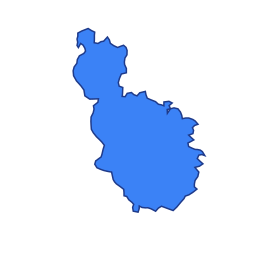 the district of Iperó, São Paulo, Brazil, rotated 29°
{"feature_id": "56859067B7713845214146", "entity_name": "Iperó", "entity_type": "district", "adm_level": 2, "iso_a3": "BRA", "parent_name": "Brazil", "parent_adm1": "São Paulo", "projection": "albers", "projection_center": [-47.636, -23.405], "detail": "fine", "context": "isolated", "style": "filled", "palette": "blue", "viewbox_px": 256, "rotation_deg": 29, "n_neighbors": 0, "source": "geoboundaries", "source_scale": "gbopen_adm2", "svg_char_len": 2142}
<svg xmlns="http://www.w3.org/2000/svg" viewBox="0 0 256 256"><g transform="rotate(29 128 128)"><path d="M192.5,187.4L193.4,183.3L195.2,180.2L207.5,178.3L209.0,173.5L210.1,167.6L211.2,162.7L211.1,159.8L213.7,156.9L216.1,152.4L217.9,148.0L214.6,147.3L213.2,144.8L212.1,141.4L212.6,136.6L211.3,132.2L208.1,131.0L205.6,130.0L209.0,126.8L210.9,123.0L207.4,122.2L203.4,121.2L203.1,117.4L205.5,115.4L208.5,114.9L204.5,112.6L201.9,112.3L199.3,113.1L197.0,114.2L193.7,114.6L190.0,114.8L187.7,112.1L189.5,109.4L191.3,106.5L187.8,105.7L184.5,104.8L187.5,101.4L186.5,98.3L184.2,96.5L185.0,93.5L187.4,90.8L183.4,89.3L180.6,89.1L176.3,89.8L173.6,91.3L171.0,93.5L168.9,90.9L166.1,88.6L162.4,87.0L158.5,88.1L155.8,90.6L153.1,88.5L154.5,84.7L150.9,84.8L146.8,87.8L148.6,91.2L145.8,91.6L143.1,92.5L139.3,91.6L133.8,92.3L130.4,92.6L127.6,90.2L125.4,87.6L121.2,91.5L120.3,95.5L117.0,96.0L113.8,95.3L110.5,98.1L110.3,102.0L107.6,103.2L106.6,100.7L105.2,97.9L103.8,95.1L100.0,95.7L97.5,93.0L96.5,88.8L96.0,84.0L99.8,80.5L97.7,76.7L94.3,74.2L92.8,72.0L91.4,68.3L91.6,64.5L89.6,60.6L87.2,58.5L84.0,57.8L82.1,59.9L79.9,62.6L75.6,62.9L71.5,62.5L69.0,60.0L65.9,58.4L64.6,63.9L62.5,65.6L60.8,68.6L57.1,69.8L55.6,66.7L53.6,63.1L52.4,60.3L48.7,60.5L44.9,60.3L40.5,65.6L38.1,69.3L39.6,72.0L40.3,74.9L42.4,77.4L43.4,80.5L45.6,81.7L45.6,77.0L48.6,77.3L51.8,79.3L53.6,81.4L53.2,84.2L50.5,88.4L50.5,92.7L51.9,96.2L51.3,100.7L52.3,104.6L55.1,108.7L60.1,111.8L62.5,112.6L66.5,114.0L71.0,116.1L74.7,120.8L80.5,121.3L83.4,119.6L88.0,116.8L89.2,120.1L87.0,125.3L89.1,127.9L90.2,131.6L90.4,136.3L92.3,140.1L94.2,143.2L96.6,146.9L100.0,149.0L104.6,150.9L108.4,151.9L111.8,152.9L115.7,154.6L116.6,158.8L118.0,163.7L118.5,166.4L115.7,172.4L116.5,175.8L120.1,177.8L123.7,177.5L127.4,176.9L131.6,175.7L135.0,174.5L137.8,177.7L140.0,180.2L142.3,181.6L144.9,182.5L149.4,183.0L154.0,183.7L155.8,186.4L157.4,189.2L160.1,188.5L163.5,190.4L167.5,191.1L170.0,192.0L170.5,195.1L172.9,198.2L177.6,196.7L176.9,193.2L175.7,190.8L178.8,190.7L181.9,189.4L184.1,188.1L187.4,187.5L192.5,187.4ZM155.8,90.6L155.3,96.0L153.3,92.8L155.8,90.6Z" fill="#3b82f6" stroke="#1e3a8a" stroke-width="1.5"/></g></svg>